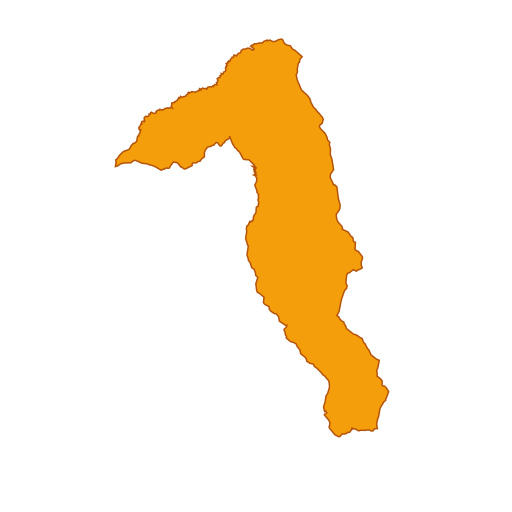 Malaia, Vâlcea, Romania (Natural Earth projection), rotated 252°
{"feature_id": "2599482B8038604719610", "entity_name": "Malaia", "entity_type": "district", "adm_level": 2, "iso_a3": "ROU", "parent_name": "Romania", "parent_adm1": "Vâlcea", "projection": "natural_earth1", "projection_center": [23.936, 45.412], "detail": "fine", "context": "isolated", "style": "filled", "palette": "amber", "viewbox_px": 512, "rotation_deg": 252, "n_neighbors": 0, "source": "geoboundaries", "source_scale": "gbopen_adm2", "svg_char_len": 6116}
<svg xmlns="http://www.w3.org/2000/svg" viewBox="0 0 512 512"><g transform="rotate(252 256 256)"><path d="M314.2,356.5L324.5,358.1L329.6,358.0L334.9,360.0L339.2,360.1L341.3,361.3L344.3,359.9L347.2,360.2L351.3,359.6L356.9,356.8L359.1,356.2L360.6,356.9L361.8,360.0L365.1,362.1L367.0,362.1L373.4,359.6L374.7,358.7L377.0,358.2L379.6,356.7L385.2,355.7L388.7,355.9L392.9,354.5L400.0,350.5L410.8,349.6L415.9,350.2L418.3,352.4L420.6,352.8L425.5,355.4L426.4,356.1L426.8,357.1L429.5,358.6L431.3,361.5L439.9,356.4L440.5,355.4L442.1,354.5L445.3,353.6L447.3,350.3L448.8,349.2L450.3,348.5L453.4,348.2L454.4,347.4L454.8,344.2L454.2,341.1L454.4,339.0L455.4,337.4L457.0,336.1L457.2,334.8L456.9,334.0L457.9,333.2L457.7,329.8L456.5,327.4L457.5,325.7L457.8,321.4L458.4,320.1L457.7,318.2L457.2,318.0L457.8,317.2L457.2,315.7L453.8,318.1L452.9,317.6L453.2,317.0L452.9,316.2L455.5,314.2L456.4,311.8L456.1,311.1L456.3,308.9L456.7,307.5L456.0,305.4L454.1,304.2L454.2,301.8L452.4,299.2L453.6,298.0L453.8,296.9L452.1,296.2L452.5,294.7L451.6,294.2L451.2,292.7L449.5,291.7L450.0,290.4L449.0,290.1L449.4,289.3L449.2,288.9L447.9,288.5L448.3,287.1L445.9,287.3L445.7,286.0L445.0,286.3L444.1,284.9L442.4,285.0L441.1,283.8L440.9,282.0L439.3,281.1L439.3,280.4L440.3,279.3L439.1,279.0L438.5,277.4L437.8,277.7L437.1,277.1L436.9,276.5L437.3,275.9L436.7,273.9L434.8,274.1L434.2,273.3L433.1,273.0L433.0,271.9L430.8,271.8L431.8,269.8L431.2,268.6L430.3,268.0L431.1,267.2L430.4,265.9L431.2,264.6L431.5,262.4L429.9,260.7L430.9,260.2L431.1,258.5L432.2,257.2L431.9,255.7L431.0,255.1L432.6,254.2L432.3,253.7L430.8,253.4L431.1,252.2L430.5,249.1L431.2,248.0L431.3,246.8L432.2,245.9L431.8,244.6L432.0,243.9L431.5,243.1L432.6,242.3L432.3,241.7L431.2,241.4L430.5,239.2L429.6,238.2L430.0,236.1L429.6,234.9L431.2,233.5L429.8,232.4L430.4,231.5L429.4,231.3L429.5,230.3L428.2,229.0L428.2,227.9L427.5,227.0L427.8,226.1L427.1,225.4L427.6,223.1L426.4,223.0L424.8,221.7L422.7,222.1L423.5,221.3L423.4,219.7L423.8,219.2L423.5,218.4L424.3,217.6L424.0,216.1L424.6,215.2L423.7,213.4L424.0,212.2L423.7,211.6L425.3,210.0L424.5,209.2L425.0,207.9L424.5,205.7L422.9,205.1L423.2,202.6L425.0,201.1L424.7,200.8L424.9,200.1L423.7,199.3L424.1,198.2L422.5,197.4L422.1,195.7L423.0,194.1L421.8,192.2L418.6,191.8L418.2,191.1L419.2,190.3L419.1,188.8L417.9,188.1L416.9,188.4L416.6,188.1L417.0,187.4L414.7,185.0L414.6,184.4L412.8,183.9L411.4,185.4L411.0,184.3L409.7,184.4L408.0,182.4L406.5,181.7L406.5,180.4L402.6,178.3L401.3,176.9L401.0,176.2L401.0,173.7L400.5,173.4L399.5,171.3L397.0,169.0L396.4,166.7L396.5,164.0L396.2,161.9L394.1,157.5L391.4,154.2L390.8,152.3L388.2,151.8L384.5,149.9L384.5,152.5L385.5,155.9L385.2,159.3L383.3,165.9L384.5,168.6L384.5,170.1L383.8,171.5L379.4,176.3L377.1,181.4L375.7,182.6L374.9,184.4L371.9,187.9L366.8,192.4L367.3,194.9L367.0,195.2L367.0,196.1L367.5,197.3L366.5,200.0L366.5,200.9L368.5,202.9L370.9,206.5L368.9,210.2L364.0,211.9L363.6,212.7L361.1,214.5L360.6,215.5L361.7,223.2L363.2,223.6L364.0,224.8L363.0,227.8L363.7,230.5L363.5,232.2L365.0,234.0L366.3,237.6L370.6,239.0L372.5,240.7L374.5,243.6L374.5,245.1L374.1,246.8L374.7,248.5L374.5,250.3L375.6,251.8L376.2,253.4L375.6,254.5L372.0,255.6L371.4,257.0L373.4,259.6L373.6,261.0L375.2,262.6L376.1,267.2L378.2,267.9L369.5,268.4L367.2,269.3L366.0,269.2L364.1,270.6L362.4,271.0L359.7,272.5L352.3,273.8L351.1,275.3L349.7,279.0L342.9,282.5L340.9,282.7L339.1,283.9L340.5,282.1L341.9,281.6L342.4,280.3L341.2,281.2L339.5,281.3L338.2,282.4L339.3,280.2L338.4,281.0L337.5,280.5L337.1,281.5L336.2,280.6L335.5,281.5L335.3,280.6L334.5,280.9L334.2,280.4L333.3,281.1L333.6,279.0L332.2,280.4L328.9,280.7L326.1,279.0L323.7,276.7L318.0,277.1L316.5,276.6L313.6,277.4L312.1,276.6L311.0,276.8L308.9,275.2L306.5,275.2L304.2,274.2L302.5,273.3L302.5,271.7L302.0,271.2L298.2,269.8L296.5,268.7L295.7,267.1L293.3,265.2L291.2,264.8L291.1,263.6L290.1,263.1L290.5,261.9L290.0,261.3L290.8,260.8L287.8,258.1L287.5,256.7L285.1,255.3L282.0,254.7L277.5,252.3L274.7,251.4L271.4,251.6L269.5,251.3L267.9,251.8L259.8,247.7L255.3,247.8L254.4,247.4L251.2,248.4L246.3,248.3L243.9,250.1L240.7,250.3L237.5,249.8L235.1,251.1L229.7,247.3L223.2,246.0L221.1,246.1L219.5,247.6L214.4,250.9L209.5,248.7L208.2,249.0L206.9,249.8L203.8,252.8L201.6,252.2L199.3,252.8L195.8,255.4L194.7,257.5L191.2,258.7L186.9,258.1L180.7,262.8L180.5,264.0L178.8,262.7L177.9,260.5L177.1,259.8L174.5,260.1L171.9,259.6L170.0,260.2L168.8,259.4L164.1,262.2L161.8,265.4L159.8,267.1L157.1,267.2L153.3,268.7L149.3,268.3L144.5,271.4L142.3,272.1L140.3,271.7L137.3,274.1L135.4,277.2L133.1,277.3L130.3,279.3L124.8,282.1L122.6,282.7L121.3,283.9L115.1,286.5L113.0,286.5L108.6,285.4L103.0,281.6L101.5,279.5L96.0,276.7L91.6,273.6L86.9,273.2L87.2,274.0L86.8,274.6L84.9,274.9L84.4,272.6L83.8,271.9L77.5,274.4L75.1,274.8L72.3,273.8L70.8,272.6L68.6,273.0L61.6,275.8L58.4,279.0L58.4,280.0L60.2,283.1L59.3,284.8L59.5,286.2L59.2,287.2L60.0,288.5L59.5,289.6L59.5,290.7L61.8,293.9L62.5,293.8L62.8,294.2L61.5,294.8L61.1,296.7L58.0,299.6L57.9,301.7L56.3,306.6L56.2,308.1L55.4,310.2L54.4,311.0L53.6,312.5L53.6,313.6L54.6,314.5L55.0,315.8L54.5,317.8L53.8,318.3L54.9,318.1L58.8,318.8L63.3,321.2L65.6,323.1L72.9,326.9L77.9,332.7L78.6,334.7L80.1,335.2L80.6,336.0L86.1,340.3L91.5,338.8L92.6,337.9L93.6,336.1L94.5,336.0L98.1,337.4L100.7,336.5L104.3,334.0L106.9,335.0L109.8,335.3L112.0,337.3L118.7,341.0L120.7,338.7L126.3,334.9L131.9,334.3L133.6,333.4L138.9,332.6L140.5,331.6L144.8,331.4L146.6,329.5L149.5,327.5L151.6,324.6L158.9,319.7L161.9,319.6L164.2,318.9L165.9,319.1L167.6,317.6L169.9,316.3L172.5,315.9L174.3,314.5L177.5,317.8L187.8,323.5L193.9,328.0L196.0,329.9L197.1,332.1L199.5,333.5L202.4,333.1L209.9,336.3L211.3,338.0L211.3,340.1L212.0,341.4L212.9,344.6L210.5,346.7L211.2,348.4L211.2,350.6L211.9,353.4L214.6,353.3L217.4,354.0L221.2,356.8L222.9,356.8L228.5,354.8L231.4,352.1L238.3,354.8L239.1,353.7L240.2,353.2L243.7,353.8L245.5,352.4L250.3,351.0L254.7,346.4L256.1,346.9L257.6,346.9L262.8,344.6L264.8,344.2L268.3,344.5L270.8,345.2L274.3,349.8L277.5,351.5L279.8,351.9L284.9,352.0L296.7,354.3L299.1,353.1L299.4,351.9L308.0,350.8L310.7,352.1L314.2,356.5Z" fill="#f59e0b" stroke="#b45309" stroke-width="1.5"/></g></svg>